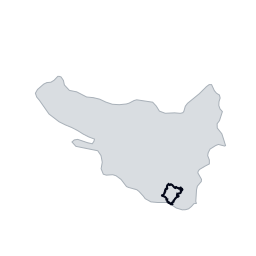 Guayubín, Monte Cristi, Dominican Republic shown in context, rotated 196°
{"feature_id": "3306468B33320306044259", "entity_name": "Guayubín", "entity_type": "district", "adm_level": 2, "iso_a3": "DOM", "parent_name": "Dominican Republic", "parent_adm1": "Monte Cristi", "projection": "albers", "projection_center": [-71.302, 19.687], "detail": "fine", "context": "in_parent", "style": "outline", "palette": "ink", "viewbox_px": 256, "rotation_deg": 196, "n_neighbors": 0, "source": "geoboundaries", "source_scale": "gbopen_adm2", "svg_char_len": 4343}
<svg xmlns="http://www.w3.org/2000/svg" viewBox="0 0 256 256"><g transform="rotate(196 128 128)"><path d="M41.8,169.8L42.1,160.4L43.5,156.6L42.2,152.6L36.2,148.3L32.6,142.9L29.4,138.0L30.1,137.3L36.6,137.1L38.9,135.3L43.3,130.4L44.1,126.4L43.8,123.4L41.0,119.7L39.9,115.9L43.4,112.6L47.9,107.8L48.6,105.9L48.5,104.1L43.2,98.9L42.8,96.8L45.3,91.2L45.1,87.5L42.6,76.1L41.5,74.4L43.8,73.4L45.4,70.0L47.5,67.0L50.2,65.3L53.3,64.3L59.5,64.4L68.1,67.1L70.5,67.0L78.8,64.6L85.6,63.3L92.0,64.8L94.6,66.8L100.0,70.1L102.6,71.1L111.0,71.0L113.3,71.3L120.4,76.6L126.3,78.8L129.8,78.9L135.9,76.7L139.0,76.8L142.6,81.4L143.3,88.0L146.3,94.0L150.8,97.8L173.0,96.0L178.0,99.1L176.4,101.7L173.2,103.2L162.7,102.7L158.0,103.0L157.1,105.7L157.1,108.1L163.3,108.6L169.4,109.8L175.6,111.6L181.9,112.9L189.0,113.7L196.0,115.0L207.7,119.6L220.8,130.2L224.3,132.6L226.6,135.9L225.6,140.1L221.1,147.0L218.5,149.3L214.8,150.7L212.2,153.5L209.7,158.3L208.2,158.7L206.4,158.6L203.2,155.9L201.0,151.8L194.7,148.0L187.3,148.6L176.3,146.4L169.8,147.6L163.2,147.9L156.4,146.8L149.6,146.5L142.8,148.0L136.3,150.6L133.8,152.2L129.7,156.1L127.4,157.5L111.4,159.6L106.8,156.8L102.5,152.9L96.3,152.4L87.4,155.4L81.8,156.5L79.5,157.8L78.9,159.3L78.9,164.7L77.6,168.1L68.9,180.6L64.0,189.4L61.9,192.1L59.6,192.7L55.3,187.7L52.5,185.8L49.2,184.9L47.7,182.2L47.8,178.3L46.9,174.6L44.8,171.7L41.8,169.8Z" fill="#d9dde1" stroke="#a8b0b8" stroke-width="1"/><path d="M60.9,85.3L61.0,85.3L61.1,85.2L61.3,84.9L61.5,84.7L61.6,84.4L61.5,84.1L61.5,83.9L61.8,83.7L62.1,83.7L62.4,83.7L62.5,83.9L62.6,84.0L62.9,84.1L63.1,84.1L63.4,84.2L63.7,84.0L63.9,84.0L64.2,84.0L64.5,84.2L64.9,84.2L65.0,84.2L65.1,84.4L65.2,84.5L65.4,84.6L65.5,84.6L65.9,84.3L66.0,84.2L66.0,83.9L66.0,83.6L66.0,83.4L66.3,83.4L66.6,83.4L66.8,83.5L67.0,83.7L67.1,83.8L67.5,83.9L67.9,84.1L68.0,84.2L68.1,84.3L68.3,84.5L68.8,84.7L69.2,85.1L69.3,85.1L69.6,85.3L69.9,85.5L70.1,85.5L70.3,85.4L70.7,85.5L71.2,85.8L71.3,85.8L71.4,85.7L71.5,85.6L71.7,85.0L71.8,84.9L72.0,84.7L72.3,84.6L72.5,84.6L72.7,84.9L72.8,85.1L73.1,85.2L73.3,85.3L73.6,85.4L73.7,85.2L73.8,84.9L73.9,84.7L74.0,84.4L74.3,84.0L74.4,83.9L74.4,83.5L74.5,83.3L74.5,83.1L74.4,82.8L74.4,82.3L74.2,82.1L74.1,81.9L74.1,81.5L74.0,81.4L73.9,81.0L73.6,80.8L73.6,80.7L73.8,80.4L73.9,80.0L74.0,80.0L74.1,79.9L74.1,80.0L74.5,80.1L74.8,80.1L75.0,79.8L75.0,79.4L75.1,79.1L75.0,78.9L75.0,78.6L75.2,78.3L75.2,78.1L75.1,77.9L74.8,77.6L74.7,77.5L74.7,77.3L74.7,77.0L74.7,76.8L74.8,76.7L75.0,76.5L75.1,76.3L75.2,76.2L75.0,75.8L74.9,75.7L74.9,75.4L75.1,75.2L75.2,74.6L75.3,74.3L75.4,73.9L75.7,73.2L75.9,73.0L76.0,72.9L76.6,72.9L76.7,72.6L76.7,72.4L76.4,72.2L74.8,72.2L74.6,72.2L74.4,72.1L73.5,72.0L73.4,72.0L73.1,71.8L72.8,71.6L72.5,71.5L72.2,71.4L71.9,71.1L71.7,71.0L71.5,70.8L71.5,70.6L71.3,70.4L71.0,70.3L71.0,70.2L70.9,70.2L71.0,70.0L71.1,69.9L71.2,69.7L70.7,69.6L70.4,69.4L70.0,68.5L69.9,68.1L69.7,68.1L69.4,68.0L69.3,67.9L69.2,67.9L69.1,68.0L68.8,68.0L68.8,67.9L68.7,67.9L68.5,67.7L68.4,67.7L68.3,67.8L68.2,67.8L68.1,67.7L67.9,67.5L67.7,67.5L67.6,67.4L67.7,67.2L67.4,67.2L67.5,67.2L67.4,67.2L67.2,67.1L66.9,67.0L66.7,67.0L66.5,66.9L66.5,67.0L66.4,67.1L66.3,66.9L66.2,66.9L66.2,67.0L65.9,67.0L65.7,67.0L65.4,67.0L65.2,67.0L65.0,66.9L64.9,66.9L64.9,67.0L64.9,66.9L64.7,66.9L64.4,66.8L64.2,66.8L64.2,66.7L63.9,66.7L63.7,66.6L63.8,66.7L64.1,66.8L64.4,66.9L64.6,67.0L65.0,67.1L65.3,67.2L65.3,67.4L65.3,67.5L65.2,67.7L65.1,68.0L65.0,68.5L64.8,68.8L64.6,69.0L64.4,69.2L64.2,69.3L63.9,69.6L63.8,69.8L63.9,70.1L64.2,70.4L64.2,70.6L64.2,70.8L63.8,71.3L63.6,71.7L63.5,72.1L63.3,72.6L63.3,72.8L63.3,73.0L63.2,73.2L63.1,73.4L62.9,73.5L62.7,73.9L62.6,74.3L62.4,74.6L62.2,74.8L61.9,75.0L61.6,75.3L61.1,75.6L61.0,75.8L60.9,75.9L60.7,76.0L60.6,76.3L60.8,76.4L60.9,76.5L61.0,76.6L61.0,76.8L61.3,76.9L61.6,77.1L61.8,77.1L62.0,77.1L61.9,76.8L61.9,76.7L62.2,76.6L62.3,76.6L62.4,76.8L62.5,77.0L62.5,77.3L62.4,77.2L62.1,77.1L62.2,77.3L62.3,77.7L62.3,77.8L62.3,78.1L62.3,78.3L62.2,78.5L61.9,78.6L61.7,78.8L61.0,79.2L60.7,79.2L60.4,79.4L60.0,79.7L59.8,79.8L59.7,79.9L59.6,80.1L59.6,80.7L59.6,80.9L59.3,81.4L59.3,81.5L59.7,81.8L59.9,81.9L60.0,82.0L60.2,82.4L60.2,82.5L59.7,82.9L59.6,83.0L59.1,83.1L58.9,83.2L58.8,83.3L58.8,83.7L59.1,83.7L59.3,83.7L59.4,83.8L59.4,84.3L59.5,84.4L59.5,84.5L60.1,84.5L60.3,84.5L60.4,84.8L60.5,84.9L60.7,85.1L60.9,85.3Z" fill="none" stroke="#020617" stroke-width="2"/></g></svg>